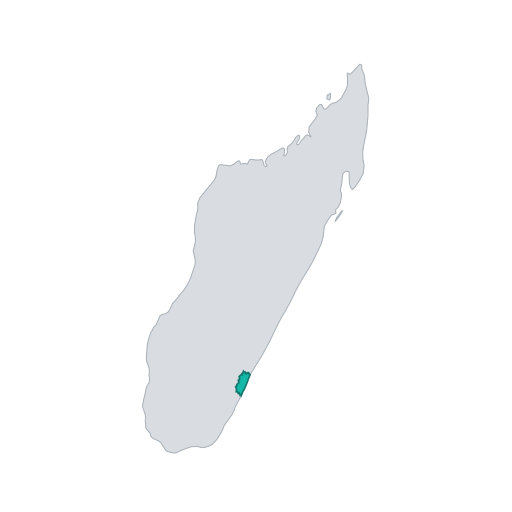 Farafangana, Atsimo-Atsinanana, Madagascar shown in context, rotated 14°
{"feature_id": "10022922B75046296685916", "entity_name": "Farafangana", "entity_type": "district", "adm_level": 2, "iso_a3": "MDG", "parent_name": "Madagascar", "parent_adm1": "Atsimo-Atsinanana", "projection": "equal_earth", "projection_center": [47.638, -22.832], "detail": "fine", "context": "in_parent", "style": "filled", "palette": "teal", "viewbox_px": 512, "rotation_deg": 14, "n_neighbors": 0, "source": "geoboundaries", "source_scale": "gbopen_adm2", "svg_char_len": 6668}
<svg xmlns="http://www.w3.org/2000/svg" viewBox="0 0 512 512"><g transform="rotate(14 256 256)"><path d="M318.1,56.0L319.2,59.4L320.5,62.6L324.4,70.3L326.1,73.3L327.5,76.4L328.2,82.7L330.7,92.5L333.0,107.2L333.7,122.3L334.4,129.2L336.2,135.7L339.1,142.4L340.1,149.9L338.2,157.6L335.5,164.8L334.8,166.2L333.6,168.1L333.0,168.0L330.9,166.1L329.1,163.0L327.0,155.8L326.2,152.2L325.3,151.6L322.7,151.9L320.8,154.2L320.5,155.6L320.8,159.7L321.5,163.3L321.8,167.1L321.9,171.7L322.6,173.2L323.6,174.3L324.6,177.4L324.8,184.7L324.1,188.4L322.3,191.5L322.4,193.3L323.1,195.1L322.4,196.1L320.0,197.5L319.0,198.7L317.7,201.9L315.6,208.5L315.3,211.8L316.6,222.0L316.2,229.2L313.4,242.9L311.9,249.4L309.6,257.2L306.3,267.5L302.9,280.4L300.1,293.6L298.0,301.5L295.6,309.3L292.4,323.1L289.6,337.1L285.5,352.4L280.0,369.5L279.3,371.7L278.2,380.4L276.9,388.0L275.4,395.4L272.3,407.8L272.0,411.6L271.3,415.2L268.3,422.9L267.0,425.8L266.1,428.8L265.6,432.7L264.7,436.4L262.6,443.2L259.3,449.1L257.1,451.3L252.3,454.3L249.9,455.0L244.5,455.0L239.3,456.8L233.9,460.2L228.7,464.1L226.7,465.9L224.5,467.0L217.6,467.2L215.5,466.4L208.6,460.0L205.9,458.9L200.8,458.1L199.3,457.5L197.9,456.7L195.8,453.3L191.7,450.5L190.7,449.6L190.0,447.7L189.6,445.6L188.5,443.2L187.7,438.7L186.3,435.6L182.5,430.1L182.1,428.3L181.7,422.4L181.8,418.4L181.4,411.1L181.8,407.7L183.0,404.6L182.5,401.2L181.0,397.7L180.5,394.0L179.4,390.7L175.4,384.7L174.4,381.8L173.7,378.7L172.1,369.2L171.9,365.8L172.1,358.8L172.6,355.2L173.5,352.7L173.7,350.8L174.3,349.2L175.3,347.9L175.9,346.3L177.3,337.3L179.1,335.3L181.9,334.1L184.1,331.8L185.4,328.6L186.6,322.0L190.1,315.5L191.3,312.1L194.1,306.9L196.6,299.6L197.3,296.1L197.9,292.6L198.5,284.9L198.9,281.0L198.8,277.2L197.3,273.2L193.8,266.1L193.7,264.8L193.9,259.5L193.6,255.6L192.3,251.8L190.7,248.2L189.0,241.4L188.1,230.3L188.3,226.2L187.8,222.6L186.6,219.2L187.4,213.2L197.6,191.5L197.9,188.9L197.5,182.3L197.7,178.4L198.0,177.0L198.8,176.2L200.6,175.8L209.0,174.8L210.0,174.2L212.1,172.3L215.0,168.8L216.3,167.7L217.5,168.1L218.2,169.6L219.1,170.5L222.5,168.9L223.8,168.8L225.1,169.1L225.8,167.6L226.1,165.6L226.6,164.2L227.5,163.4L231.9,163.0L234.7,162.4L238.3,161.0L239.1,161.3L242.0,166.3L242.9,166.7L244.0,166.9L245.0,166.0L242.6,163.4L242.2,161.9L242.4,160.3L243.6,156.7L245.7,153.9L250.4,149.8L255.3,144.9L256.7,144.6L257.9,145.4L258.8,151.0L258.7,152.0L259.5,152.1L260.4,151.4L261.2,149.1L261.3,147.2L260.6,145.4L260.3,143.8L260.3,142.4L262.7,139.1L264.7,135.8L265.6,132.0L266.4,130.2L268.4,128.3L269.0,128.6L269.5,130.2L269.8,131.9L269.2,133.6L268.5,135.3L268.2,137.5L269.3,138.0L270.4,137.4L272.0,133.4L273.9,129.5L274.9,127.5L276.3,126.1L278.6,126.4L280.8,127.3L277.2,123.2L276.3,117.7L280.6,108.1L280.6,106.1L281.3,105.4L281.5,104.7L279.3,101.4L278.9,99.8L279.2,97.4L280.3,95.2L281.2,93.7L282.6,93.1L283.7,93.9L286.1,96.6L287.7,97.0L289.6,94.4L291.2,91.2L293.6,89.0L296.4,87.7L300.5,82.6L303.2,72.1L303.4,69.0L302.8,65.3L301.9,61.7L300.3,57.3L300.7,56.3L303.0,56.9L303.8,56.3L306.2,52.3L310.3,44.8L311.6,44.8L312.8,46.2L313.2,48.3L314.0,49.8L316.7,53.4L318.1,56.0ZM289.8,85.7L289.8,86.9L286.7,86.4L286.2,82.4L287.7,82.3L288.0,80.6L289.0,80.4L290.0,84.0L289.8,85.7ZM327.0,197.8L324.4,203.6L325.1,198.8L328.2,191.8L329.1,191.3L327.0,197.8Z" fill="#d9dde1" stroke="#a8b0b8" stroke-width="1"/><path d="M271.6,370.9L271.6,371.1L271.6,371.4L271.6,371.6L271.6,371.8L271.6,372.0L271.6,372.5L271.5,372.8L271.3,372.9L271.4,373.1L271.4,373.3L271.0,373.4L270.7,373.5L270.6,373.9L270.6,374.0L270.5,374.3L270.8,374.5L270.7,374.5L270.4,375.0L270.2,375.3L269.8,375.3L269.7,375.4L269.7,375.5L269.6,375.8L269.4,376.0L269.2,376.2L269.2,376.4L269.0,376.5L268.9,376.7L268.8,376.8L268.7,377.2L268.9,377.4L269.0,377.4L269.1,377.5L269.1,377.8L269.2,378.0L269.4,378.2L269.4,378.4L269.5,378.4L269.8,378.4L269.9,378.5L269.7,378.7L269.7,378.8L269.7,379.0L269.6,379.4L269.6,379.5L269.4,380.1L269.3,380.3L269.1,380.5L269.4,380.5L269.2,380.7L269.2,381.1L269.3,381.1L269.4,381.5L269.4,381.8L269.5,381.9L269.6,382.0L269.8,382.4L269.9,382.5L270.0,382.5L270.0,382.8L269.9,383.1L269.9,383.3L269.7,383.4L269.5,383.7L269.4,383.8L269.0,384.1L268.9,384.3L268.8,384.6L268.7,385.1L268.6,385.4L268.5,385.5L268.4,385.7L268.4,385.8L268.4,386.0L268.5,386.0L268.8,386.2L268.7,386.4L268.8,386.5L268.7,386.8L268.5,387.0L268.5,387.3L268.3,387.4L268.3,387.5L268.2,387.7L268.1,387.9L267.9,387.9L268.0,388.2L268.3,388.4L268.3,388.5L268.5,388.8L268.7,389.0L268.8,389.0L268.9,389.3L269.0,389.4L269.0,389.5L269.0,389.8L269.2,390.3L269.3,390.5L269.4,390.9L269.4,391.0L269.5,391.0L269.5,391.5L269.5,391.8L269.5,392.0L269.6,391.9L269.7,392.0L269.8,392.1L270.1,392.0L270.2,391.9L270.3,392.2L270.3,392.3L270.5,392.5L270.7,392.4L270.8,392.5L271.0,392.4L271.1,392.5L271.3,392.7L271.4,393.0L271.5,393.0L271.8,393.3L271.8,393.5L272.0,393.7L272.3,393.6L272.5,393.3L272.7,393.2L272.6,392.8L272.6,392.7L272.8,392.6L273.0,392.8L273.0,393.0L273.0,393.3L272.8,393.3L272.8,393.6L273.0,393.7L273.2,393.9L273.4,394.1L273.7,394.1L273.8,394.2L274.0,394.1L274.0,394.3L274.2,394.6L274.1,394.8L274.3,394.9L274.6,394.9L274.6,395.1L274.8,395.0L275.1,395.1L275.3,394.9L275.4,395.0L275.5,395.1L275.5,394.7L275.6,394.0L275.7,393.7L275.7,393.2L275.7,392.8L275.8,392.1L275.8,391.9L275.9,391.6L275.9,391.4L276.0,391.3L276.0,390.9L276.1,390.5L276.1,390.2L276.4,389.6L276.4,389.4L276.6,389.1L276.7,388.7L276.8,388.5L276.8,388.3L276.8,388.1L276.9,387.7L277.0,387.3L277.0,387.1L277.1,386.8L277.1,386.7L277.1,386.4L277.2,386.1L277.2,385.9L277.4,385.2L277.4,384.7L277.6,384.1L277.6,383.9L277.7,383.7L277.7,383.0L277.8,382.8L277.8,382.7L277.7,382.6L277.7,382.4L277.7,382.2L277.8,381.9L277.8,381.7L277.9,381.3L278.0,381.1L278.1,380.7L278.1,380.2L278.2,379.8L278.2,379.6L278.2,379.0L278.2,378.9L278.2,378.2L278.3,377.4L278.3,377.2L278.4,376.9L278.4,376.5L278.5,376.1L278.5,375.8L278.6,375.6L278.6,375.3L278.7,375.0L278.7,374.7L278.7,374.4L278.8,374.0L278.8,373.7L278.9,373.2L278.9,372.8L279.0,372.7L278.9,372.3L278.8,372.2L278.6,372.1L278.2,372.1L277.9,372.0L277.7,372.2L277.6,372.3L277.4,372.3L277.3,372.2L277.3,371.9L277.3,371.7L277.2,371.3L277.2,371.1L277.1,370.9L276.9,370.9L276.7,370.9L276.4,370.9L276.3,371.2L276.3,371.3L276.2,371.3L275.9,371.5L275.9,371.8L275.7,371.9L275.6,371.7L275.4,371.7L275.4,371.8L275.3,372.0L275.2,372.0L275.1,372.4L275.0,372.5L274.9,372.5L274.7,372.7L274.7,372.8L274.5,372.7L274.4,372.6L274.3,372.4L274.4,372.2L274.1,371.7L273.9,371.5L273.8,371.4L273.7,371.3L273.7,371.2L273.2,371.2L273.0,371.4L272.9,371.4L272.8,371.2L272.7,371.2L272.6,371.3L272.6,371.2L272.4,371.0L272.2,370.9L272.2,371.0L272.1,370.9L271.9,370.9L271.8,371.0L271.7,371.0L271.6,370.9Z" fill="#14b8a6" stroke="#0f766e" stroke-width="1.5"/></g></svg>